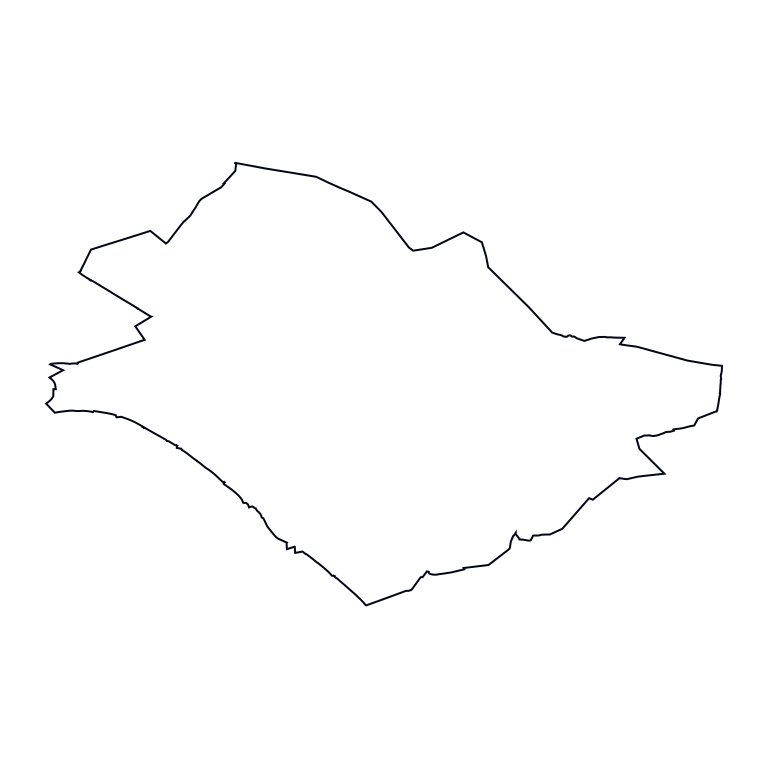 outline of Borne, Overijssel, Netherlands
{"feature_id": "6326949B45905338143380", "entity_name": "Borne", "entity_type": "district", "adm_level": 2, "iso_a3": "NLD", "parent_name": "Netherlands", "parent_adm1": "Overijssel", "projection": "robinson", "projection_center": [6.747, 52.312], "detail": "fine", "context": "isolated", "style": "outline", "palette": "ink", "viewbox_px": 768, "rotation_deg": 0, "n_neighbors": 0, "source": "geoboundaries", "source_scale": "gbopen_adm2", "svg_char_len": 6002}
<svg xmlns="http://www.w3.org/2000/svg" viewBox="0 0 768 768"><path d="M54.8,412.7L57.7,412.2L61.8,411.6L66.0,411.1L70.2,410.7L72.3,410.6L77.2,411.1L82.9,410.8L87.1,411.1L91.3,411.7L92.8,412.2L93.9,411.0L100.1,412.0L104.3,412.7L108.5,413.4L112.7,414.3L115.7,415.2L116.5,417.3L121.3,416.8L128.0,419.2L131.9,420.8L135.7,422.6L139.3,424.6L143.1,426.8L142.7,427.1L143.7,427.7L143.8,428.0L144.6,427.7L149.8,430.7L166.3,440.0L166.9,441.0L168.6,441.2L175.2,445.2L176.2,445.5L176.6,445.2L177.3,445.7L177.0,446.0L176.8,447.9L181.1,448.7L181.1,449.0L182.0,449.6L182.0,450.0L184.4,451.5L187.6,453.8L190.6,456.2L193.7,458.6L197.0,460.8L197.0,461.1L198.6,462.1L206.1,468.1L209.5,470.3L212.6,472.7L215.6,475.2L218.4,477.9L222.4,481.7L223.7,482.1L224.2,481.9L224.6,482.3L224.2,482.5L223.6,483.8L224.3,484.4L229.9,488.3L233.0,490.6L236.0,493.2L238.8,495.8L241.3,498.7L243.4,502.9L246.0,502.8L248.1,504.6L249.0,507.4L250.3,506.9L251.3,506.6L252.2,506.5L253.2,506.8L253.9,507.4L254.5,508.1L255.7,508.4L256.2,509.4L256.8,510.3L257.3,510.9L257.8,511.4L258.6,512.0L260.2,513.8L260.5,514.2L260.8,514.8L261.1,515.4L261.7,517.5L263.4,518.3L264.1,519.8L267.2,526.2L268.8,528.4L272.9,533.5L275.6,536.6L276.2,537.2L278.4,538.8L287.0,542.7L286.8,543.0L286.6,543.4L286.9,549.2L294.5,546.7L294.8,546.9L295.1,552.9L302.5,551.6L305.9,554.2L306.5,554.2L313.4,559.5L315.9,561.6L319.1,563.9L324.2,568.1L327.8,571.3L328.8,572.2L332.0,575.7L333.3,575.9L333.6,575.6L334.8,576.2L334.5,576.6L335.2,577.4L335.6,577.7L336.6,578.1L337.4,578.7L339.5,580.6L341.7,582.5L353.9,593.2L357.1,596.1L357.6,596.7L360.4,599.3L363.0,602.0L365.8,605.2L366.5,605.3L370.6,603.8L388.8,597.2L406.1,590.8L408.2,590.9L408.6,590.8L411.1,590.0L411.3,589.9L411.6,589.7L411.8,589.5L420.4,577.6L420.7,577.4L420.9,577.2L421.2,577.1L421.7,577.1L422.0,577.1L422.6,577.2L423.2,576.3L425.0,574.0L426.9,571.4L428.7,571.8L428.7,572.7L429.3,573.5L430.1,573.9L432.4,574.5L433.9,574.7L435.1,574.7L436.8,574.6L438.4,574.3L442.1,573.8L450.9,572.5L464.3,569.3L463.6,568.0L488.5,565.0L508.5,549.6L508.9,549.2L509.3,548.9L509.5,548.5L509.7,548.2L509.8,548.0L509.9,547.7L510.0,547.2L510.7,542.4L510.7,542.1L510.9,541.5L511.8,539.2L512.4,537.7L512.5,537.8L513.1,536.1L513.8,535.7L514.4,534.7L515.1,533.8L515.7,532.8L515.7,534.0L519.1,538.4L519.5,538.7L519.4,539.4L521.8,539.7L522.2,539.5L527.1,540.4L529.3,540.7L529.9,540.5L530.2,540.4L530.8,540.1L531.3,539.3L533.0,535.9L533.3,535.5L538.6,535.5L541.8,534.7L544.5,534.6L547.8,534.5L549.8,534.5L562.3,528.8L589.1,498.2L592.8,499.7L593.3,499.3L618.9,478.6L619.4,478.1L624.2,478.9L625.1,479.0L626.1,479.1L627.1,479.1L628.5,478.8L631.5,478.1L637.6,476.7L644.3,475.9L664.4,473.7L639.4,448.8L636.5,438.7L644.3,435.5L644.8,435.5L647.0,435.5L648.0,435.4L649.0,435.3L649.8,435.4L650.7,435.7L652.0,435.9L653.8,436.0L654.2,436.0L654.5,435.9L655.1,435.7L656.8,435.5L659.0,434.9L661.1,434.0L662.1,433.6L662.6,433.6L662.9,433.5L663.3,433.3L665.5,432.2L666.0,432.1L666.5,432.0L667.2,431.9L669.8,431.8L673.3,430.9L673.9,430.8L674.0,430.5L673.7,430.3L673.5,430.1L673.3,429.8L673.3,429.5L673.5,429.4L673.9,429.3L678.8,428.7L680.0,428.6L680.9,428.4L681.6,428.3L682.7,428.2L689.8,426.3L693.8,425.6L694.2,425.4L694.5,425.0L697.8,418.9L698.1,418.4L715.3,411.7L715.5,411.6L715.8,411.5L716.2,411.5L716.5,411.5L717.2,410.7L717.3,410.1L717.1,409.9L717.4,408.6L717.9,406.6L719.6,396.1L720.1,394.6L720.1,393.6L719.8,393.2L720.1,393.0L720.1,391.4L720.1,390.4L720.3,388.4L720.4,386.4L720.4,385.4L720.6,384.6L720.7,382.8L720.8,382.1L720.7,381.3L720.8,379.5L721.1,379.3L721.1,378.6L720.7,375.8L721.3,373.4L721.7,371.5L721.9,369.6L721.9,365.8L712.1,364.8L687.5,360.6L636.8,346.7L626.3,345.3L623.3,344.8L620.9,344.5L620.0,344.3L622.2,341.1L624.3,338.1L624.5,337.8L614.9,337.6L614.0,337.6L611.2,337.3L607.1,337.3L604.6,336.9L601.4,337.0L600.2,337.0L599.4,337.0L598.4,337.1L597.6,337.3L596.3,337.6L594.8,337.9L592.8,338.3L591.4,338.6L589.4,339.3L588.0,339.8L587.2,340.0L586.6,340.1L585.4,340.6L584.4,340.9L583.5,340.6L578.4,338.9L577.5,338.5L576.9,338.3L576.4,338.0L575.1,337.1L574.7,336.8L574.3,336.7L573.5,336.5L572.8,336.6L572.4,336.6L572.1,336.6L570.9,335.7L570.6,335.5L570.3,335.4L569.4,335.4L568.9,335.5L568.4,335.6L567.2,336.5L566.8,336.8L566.0,336.8L565.2,336.7L563.7,336.5L563.2,336.3L561.5,335.3L560.6,335.0L557.7,334.4L556.0,333.9L554.0,333.2L552.2,332.6L548.7,328.8L529.2,307.6L488.2,267.2L486.1,256.3L481.9,242.3L463.3,232.4L462.8,232.7L431.8,247.8L413.2,250.7L408.9,247.5L381.6,212.1L371.3,201.6L347.1,190.8L343.0,189.1L342.2,188.8L328.5,182.7L316.2,176.8L264.9,168.4L234.3,162.7L236.2,163.7L235.6,168.1L235.3,170.9L229.5,177.2L223.8,183.4L224.5,183.6L221.3,187.2L220.6,187.6L202.7,198.1L201.7,198.7L199.4,201.0L199.0,201.6L198.2,202.9L196.2,206.4L195.7,207.3L193.5,210.5L193.1,211.3L192.6,211.9L191.0,214.5L190.4,215.4L189.9,216.1L189.1,216.9L187.0,218.8L186.0,219.7L185.7,220.0L185.4,220.5L184.9,220.8L184.3,221.1L183.4,222.1L182.3,223.4L180.6,225.5L171.8,237.0L169.0,240.7L168.3,241.6L168.0,242.0L165.9,243.5L157.0,236.3L150.3,230.9L126.7,238.4L104.5,245.3L91.0,249.6L86.1,259.5L84.1,263.7L81.8,268.1L81.0,269.9L80.3,271.0L80.5,271.1L80.3,271.4L78.9,272.3L79.9,273.0L82.2,274.9L83.6,275.7L85.7,277.1L88.3,278.7L90.1,279.8L89.9,280.0L90.5,280.4L90.7,280.1L91.0,280.3L91.1,280.2L92.0,280.8L93.8,281.7L101.9,286.7L110.1,291.6L111.1,292.3L113.7,293.9L123.4,299.8L127.8,302.4L136.6,307.7L136.7,307.8L136.7,307.7L137.4,308.1L137.2,308.3L139.4,309.6L146.6,314.0L150.5,316.4L151.3,316.6L135.3,326.3L144.6,339.8L124.6,346.7L107.9,352.4L78.4,362.4L77.8,362.6L78.0,363.1L78.0,363.3L77.9,363.5L77.7,363.7L77.3,363.8L76.7,363.7L75.8,363.5L74.4,363.4L73.9,363.4L73.2,363.5L71.7,363.6L70.5,363.8L69.9,363.9L68.4,363.7L67.2,363.6L64.4,363.3L62.5,363.2L60.3,363.2L57.3,363.3L55.2,363.4L52.3,363.7L50.6,364.0L50.1,364.4L53.3,365.8L58.8,368.2L63.1,370.2L49.5,377.5L49.8,377.8L50.3,378.2L51.7,379.4L53.5,381.1L54.6,383.2L55.1,384.4L55.7,388.5L55.8,389.2L53.4,389.2L53.3,396.3L51.3,399.3L48.7,401.7L46.1,403.6L54.8,412.7Z" fill="none" stroke="#020617" stroke-width="2"/></svg>